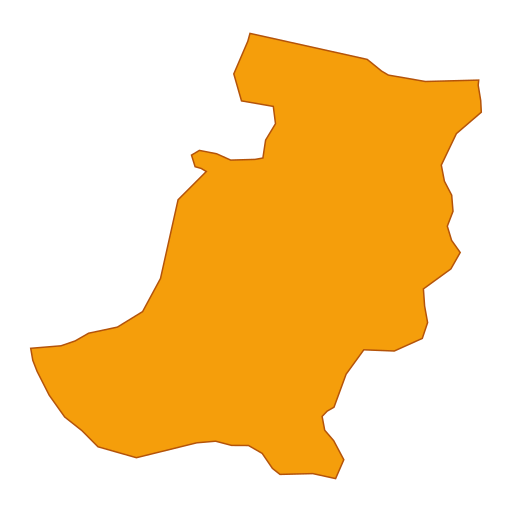 an SVG outline of Sakarya
{"feature_id": "TUR-2267", "entity_name": "Sakarya", "entity_type": "Province", "adm_level": 1, "iso_a3": "TUR", "parent_name": "Turkey", "parent_adm1": "", "projection": "robinson", "projection_center": [30.503, 40.751], "detail": "fine", "context": "isolated", "style": "filled", "palette": "amber", "viewbox_px": 512, "rotation_deg": 0, "n_neighbors": 0, "source": "natural_earth", "source_scale": "10m", "svg_char_len": 964}
<svg xmlns="http://www.w3.org/2000/svg" viewBox="0 0 512 512"><path d="M250.0,33.4L367.2,59.4L381.6,71.1L388.4,75.1L425.4,81.5L478.7,80.1L478.2,85.3L480.7,100.5L481.3,112.2L456.4,133.6L441.3,165.1L444.4,181.2L451.7,195.2L453.0,211.3L447.3,226.2L451.6,240.4L460.2,252.5L450.9,268.9L423.4,288.9L424.6,306.0L427.6,322.6L422.3,338.4L394.3,351.0L363.8,349.8L346.1,374.2L334.0,407.2L327.2,411.1L322.1,416.4L324.7,430.2L333.7,440.7L343.8,459.7L335.6,478.6L312.8,473.6L280.0,474.4L272.5,468.5L262.2,453.4L248.5,445.5L231.6,445.4L215.6,441.2L196.8,442.8L136.4,457.7L98.0,446.8L81.9,430.6L64.7,417.0L49.2,395.2L37.1,371.4L32.8,360.3L30.7,348.3L61.0,345.8L75.2,340.9L88.6,333.2L117.4,327.1L142.6,311.6L160.5,278.5L178.1,199.7L206.3,171.5L201.1,168.4L195.1,166.7L191.5,155.1L199.4,150.4L216.7,153.8L230.7,160.1L255.1,159.4L262.9,158.0L265.6,140.1L275.5,123.7L273.3,106.4L241.5,100.9L233.8,73.9L247.8,41.3L250.0,33.4Z" fill="#f59e0b" stroke="#b45309" stroke-width="1.5"/></svg>